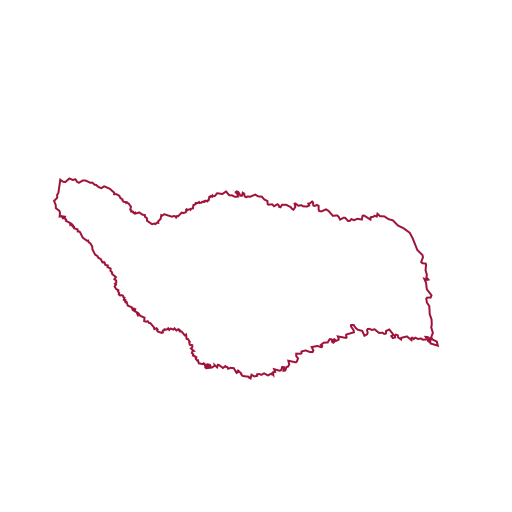 Querência, Mato Grosso, Brazil, rotated 136°
{"feature_id": "56859067B43920904563535", "entity_name": "Querência", "entity_type": "district", "adm_level": 2, "iso_a3": "BRA", "parent_name": "Brazil", "parent_adm1": "Mato Grosso", "projection": "natural_earth1", "projection_center": [-52.69, -12.226], "detail": "fine", "context": "isolated", "style": "outline", "palette": "rose", "viewbox_px": 512, "rotation_deg": 136, "n_neighbors": 0, "source": "geoboundaries", "source_scale": "gbopen_adm2", "svg_char_len": 6133}
<svg xmlns="http://www.w3.org/2000/svg" viewBox="0 0 512 512"><g transform="rotate(136 256 256)"><path d="M348.9,181.1L348.9,178.9L345.1,174.2L345.5,173.3L345.0,171.7L341.7,173.7L340.9,170.6L338.5,169.0L337.4,170.1L335.7,168.9L334.6,166.7L331.7,166.0L330.4,161.8L326.6,160.8L326.7,159.5L325.8,159.4L325.9,158.8L324.5,160.5L322.8,159.3L321.6,162.0L318.6,156.9L317.1,156.4L314.2,158.0L313.1,156.5L315.9,154.3L314.4,153.3L311.3,155.0L309.9,154.2L307.5,154.8L305.5,158.2L301.2,151.8L300.1,151.7L296.9,153.1L296.6,156.1L294.9,157.8L291.9,154.8L290.9,154.4L289.6,155.7L285.8,153.5L283.9,149.4L282.1,147.6L280.4,148.1L279.2,151.8L274.4,148.7L272.2,144.8L270.9,145.2L271.0,147.0L267.4,146.5L264.5,144.0L260.8,145.0L259.6,143.6L260.9,141.2L260.6,139.9L259.0,139.9L258.9,142.1L257.4,141.7L257.2,139.3L255.0,138.4L254.1,138.8L253.0,141.3L248.2,134.6L247.4,134.5L246.0,136.7L245.2,136.6L238.6,133.1L237.4,134.7L236.6,139.3L235.7,140.3L235.0,139.9L233.7,138.4L234.3,134.7L233.9,132.1L231.6,128.3L233.4,123.3L230.4,122.5L228.9,123.3L227.7,125.5L226.4,125.9L225.0,124.8L224.1,122.4L221.6,120.9L221.0,115.3L218.3,112.9L217.9,110.8L216.2,110.0L214.6,111.7L211.2,110.6L211.7,104.8L212.5,103.9L214.3,104.4L214.6,101.9L212.4,100.8L211.3,102.5L210.0,102.3L209.1,100.5L210.3,98.6L209.6,95.2L208.3,96.2L203.3,93.3L202.6,87.5L200.8,89.0L200.2,88.6L200.2,86.7L198.1,86.5L197.2,83.9L194.6,82.0L194.3,80.1L191.5,77.7L190.4,78.0L190.1,79.9L188.8,78.4L188.1,74.5L189.3,74.0L190.0,75.8L190.8,75.9L191.3,75.3L190.7,72.5L191.2,71.8L187.5,65.2L185.4,68.8L187.0,73.2L186.4,75.9L182.2,77.8L179.5,83.0L177.3,84.5L173.8,88.4L171.5,93.4L166.2,99.5L165.4,103.8L163.1,107.1L161.9,107.2L159.2,104.8L157.1,105.8L156.2,113.5L152.3,118.6L150.8,122.7L149.5,119.9L148.4,119.3L148.3,122.2L146.2,123.7L143.9,128.0L139.7,131.6L139.2,132.6L141.3,135.2L141.4,136.9L136.8,139.1L135.6,141.0L135.8,148.2L130.9,160.2L129.3,166.0L130.6,173.6L132.7,179.2L132.8,186.7L135.0,190.3L136.2,195.4L139.1,198.4L139.3,202.0L141.7,200.5L142.8,202.6L144.4,202.7L146.5,204.2L148.4,202.7L150.1,209.8L150.8,210.7L151.6,210.8L154.5,208.7L157.2,212.3L160.7,213.7L161.7,216.3L164.2,216.1L165.5,217.4L165.3,221.5L166.4,222.7L170.2,223.7L169.3,226.9L169.5,228.9L172.8,231.5L172.5,238.0L173.2,240.9L177.9,242.6L179.3,244.4L178.7,245.9L176.1,248.6L176.7,250.4L179.0,251.2L179.7,252.5L177.8,255.0L177.8,256.2L180.8,256.4L182.0,257.3L182.7,255.4L184.9,256.1L187.6,259.0L188.1,261.1L190.6,262.7L191.2,266.4L191.9,266.8L193.6,264.0L196.9,263.3L197.4,265.0L197.0,266.9L198.7,271.8L201.6,274.7L204.6,274.1L205.2,275.1L204.4,276.9L204.6,278.3L208.5,279.3L208.4,281.8L211.5,284.4L211.6,285.2L209.6,287.6L210.8,291.0L210.6,294.7L213.0,297.3L213.9,300.7L219.3,302.8L220.5,304.6L222.3,305.1L222.7,306.8L221.2,309.0L221.6,310.7L224.1,309.1L225.3,310.1L224.3,314.3L225.0,315.9L226.3,316.0L226.5,312.9L227.5,311.2L230.0,313.1L231.1,316.3L233.1,318.2L232.7,323.2L237.2,324.0L240.3,328.1L244.0,327.8L245.4,328.8L245.3,329.7L246.3,329.2L246.7,330.5L248.1,330.8L248.0,330.2L249.0,330.6L251.2,329.0L252.1,329.5L253.0,329.0L253.9,330.9L255.2,331.4L255.6,330.8L257.1,332.4L258.1,332.2L259.8,333.4L259.5,334.4L261.4,334.7L262.5,336.0L263.6,335.2L265.7,336.1L268.2,334.1L270.4,335.3L271.0,334.9L271.1,335.6L273.4,336.8L273.4,337.8L274.1,337.9L275.1,336.4L276.4,336.3L278.6,337.5L279.2,338.8L284.4,338.7L285.0,339.6L286.7,339.2L286.4,340.2L287.1,341.7L289.2,342.7L293.0,349.8L295.4,350.2L295.7,351.2L299.0,348.9L302.2,348.9L303.3,347.7L304.1,348.8L306.2,348.8L306.6,350.0L308.7,351.1L309.9,357.0L308.2,359.0L308.6,361.4L307.5,362.7L309.0,364.6L309.7,368.4L313.3,370.3L312.9,371.1L313.9,371.2L314.2,372.8L313.7,373.2L314.9,374.7L314.0,375.3L314.2,376.8L311.8,378.2L311.2,381.9L311.6,384.0L312.2,384.2L311.7,384.6L313.6,387.0L313.4,388.9L312.7,389.5L313.3,391.8L312.5,394.4L313.6,397.6L315.1,399.0L314.0,400.1L314.5,406.0L316.8,411.6L320.1,412.2L321.4,415.2L321.6,418.2L322.6,419.3L322.7,422.4L324.3,423.7L326.0,428.4L328.0,430.6L332.5,431.7L333.2,433.5L332.6,436.7L334.9,437.8L336.4,441.4L341.9,441.7L343.3,443.7L343.8,446.8L354.3,438.7L356.6,438.1L358.5,436.0L363.0,435.9L364.6,431.9L366.7,429.5L366.1,425.0L367.1,423.1L369.8,420.8L368.1,419.8L368.5,419.1L367.9,418.3L368.7,417.3L368.2,416.8L366.9,418.0L366.1,416.9L367.6,416.1L367.3,414.1L368.3,413.4L366.8,408.9L368.0,407.3L366.7,406.8L366.9,406.1L366.4,406.5L366.4,405.1L367.2,404.8L366.6,403.4L367.6,402.3L365.9,399.1L367.2,397.5L366.0,396.1L366.1,395.2L367.9,389.5L367.0,384.4L366.0,383.7L366.8,382.2L366.4,380.0L367.2,376.6L369.0,374.5L370.8,368.8L370.1,366.1L370.7,364.2L369.8,361.7L370.9,358.0L370.0,357.0L369.7,358.1L369.5,356.5L370.6,354.3L369.2,352.1L370.5,351.1L369.3,348.0L371.1,346.2L370.9,344.3L372.0,343.0L371.4,338.1L374.0,337.7L373.6,335.5L375.0,333.9L376.7,334.0L376.6,332.7L378.9,332.3L379.5,329.5L378.8,327.0L379.7,326.8L380.2,324.3L381.4,323.7L381.2,322.0L380.0,321.4L379.3,319.9L380.0,318.4L379.6,317.3L381.5,316.4L380.6,315.1L381.6,314.6L382.0,313.3L381.0,312.9L382.7,309.4L381.0,305.3L382.2,302.9L382.0,302.2L380.4,303.0L379.8,301.6L381.6,300.5L380.5,297.3L381.6,297.1L382.1,295.4L380.5,295.8L380.8,293.2L379.0,289.1L381.7,286.8L380.8,285.2L379.2,284.3L379.5,282.3L378.6,280.9L379.0,275.5L379.9,274.0L377.7,273.1L377.8,271.5L378.9,271.2L379.1,269.9L377.3,266.2L376.1,265.7L375.6,266.7L374.5,267.0L373.4,266.2L372.7,266.8L371.3,265.0L369.4,265.0L369.8,263.1L367.8,263.1L366.5,260.4L364.9,260.6L365.0,257.7L362.9,257.4L363.0,256.0L362.4,256.1L362.4,255.1L363.1,254.6L362.0,253.3L362.4,248.4L360.9,248.1L363.5,244.6L362.6,243.4L363.3,240.3L363.9,240.4L365.3,238.2L363.8,236.1L365.3,234.6L367.0,234.7L366.7,231.0L367.7,231.7L369.5,230.8L369.4,228.9L370.5,228.2L369.3,225.5L369.9,225.0L369.5,224.4L370.8,223.7L370.9,221.2L370.3,221.1L371.7,218.5L369.3,215.1L368.2,215.2L367.9,213.9L368.7,212.8L367.6,211.8L366.2,211.9L364.8,209.7L365.1,208.8L369.0,211.3L369.8,211.1L369.8,209.9L365.2,206.4L361.8,205.7L361.5,206.2L361.3,202.9L359.0,204.2L358.3,203.1L357.6,198.4L354.5,198.1L354.6,196.9L353.8,195.9L354.4,194.3L352.0,193.2L349.9,190.8L351.2,185.4L350.0,185.1L349.9,185.9L348.5,186.1L348.2,181.8L348.9,181.1Z" fill="none" stroke="#9f1239" stroke-width="2"/></g></svg>